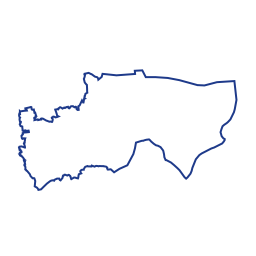 the district of As-Salamiyeh, Hamah, Syria, rotated 357°
{"feature_id": "27442178B43082534172912", "entity_name": "As-Salamiyeh", "entity_type": "district", "adm_level": 2, "iso_a3": "SYR", "parent_name": "Syria", "parent_adm1": "Hamah", "projection": "equal_earth", "projection_center": [37.215, 35.173], "detail": "fine", "context": "isolated", "style": "outline", "palette": "blue", "viewbox_px": 256, "rotation_deg": 357, "n_neighbors": 0, "source": "geoboundaries", "source_scale": "gbopen_adm2", "svg_char_len": 5511}
<svg xmlns="http://www.w3.org/2000/svg" viewBox="0 0 256 256"><g transform="rotate(357 128 128)"><path d="M170.3,80.1L157.8,78.6L148.4,78.1L145.3,71.2L137.8,71.2L137.9,74.4L119.3,74.8L105.4,72.6L104.4,75.6L100.9,78.2L100.7,76.8L100.0,75.8L99.7,75.6L99.3,75.5L97.7,75.0L94.4,72.3L94.1,72.3L93.7,72.1L91.6,70.9L87.4,71.6L87.3,72.1L88.0,72.2L87.4,74.6L86.7,76.3L86.5,76.6L87.2,80.3L88.6,82.2L89.2,82.8L89.2,86.3L89.1,90.2L89.2,90.6L87.3,91.6L86.5,94.3L86.3,94.2L86.1,95.0L86.0,95.4L86.0,96.0L86.4,96.3L85.7,96.5L84.9,100.2L84.6,100.2L83.5,98.0L80.9,102.9L79.5,103.8L79.7,107.3L78.8,107.4L78.4,107.2L77.5,106.1L77.5,105.0L77.4,104.5L77.1,104.1L76.7,104.0L75.6,104.5L74.1,103.3L73.7,103.4L73.2,103.4L72.8,103.3L72.1,103.4L72.0,103.5L71.3,104.3L70.8,104.4L70.9,104.9L70.6,105.2L70.3,105.3L69.7,104.9L69.7,104.7L69.2,104.2L69.1,103.9L69.1,103.7L68.1,103.8L67.9,103.8L67.3,104.1L66.2,104.3L65.9,104.3L66.0,104.6L65.6,104.6L65.4,104.7L64.2,104.8L63.6,105.2L62.5,104.3L61.3,103.7L59.6,104.8L59.7,105.1L59.6,105.4L59.4,105.6L59.2,105.8L58.7,105.5L56.3,105.8L56.4,106.3L57.2,108.7L57.2,109.0L57.6,110.3L57.7,111.1L57.8,111.6L58.5,112.4L59.2,112.8L57.5,113.4L56.0,113.6L55.8,113.4L55.2,113.0L54.9,112.9L53.9,112.7L53.7,112.9L53.4,113.2L52.7,113.4L52.4,113.7L52.5,114.2L52.8,114.3L53.0,114.5L53.2,114.9L53.3,115.2L53.1,116.5L52.8,117.3L52.6,117.9L52.4,118.0L51.6,117.7L50.8,117.5L50.2,117.5L49.8,117.6L47.4,116.5L46.9,116.4L46.6,116.2L46.2,115.9L44.4,114.8L44.0,114.4L43.4,114.3L42.9,114.2L42.7,114.0L41.9,114.0L41.5,114.2L41.6,115.0L41.1,115.0L38.7,115.4L38.6,114.9L38.5,114.7L38.2,114.7L35.1,115.2L35.2,114.9L34.9,113.4L35.5,113.3L35.5,113.1L35.6,112.8L35.5,112.6L36.0,112.4L36.4,112.4L36.4,111.3L37.0,111.2L36.8,110.7L36.1,107.8L35.4,107.9L34.9,104.6L33.6,104.8L33.2,104.7L32.8,104.2L32.6,102.1L32.2,101.9L30.0,102.4L26.5,103.0L26.6,103.7L27.6,103.7L27.7,104.6L27.7,104.8L27.8,105.0L27.9,105.3L25.1,105.4L21.2,105.8L21.0,105.6L21.0,105.9L20.9,105.9L20.9,106.8L20.6,107.3L20.8,107.7L20.9,108.6L20.4,108.7L20.1,108.5L20.0,108.9L20.0,109.1L19.9,109.4L20.1,111.2L20.8,111.9L20.2,113.1L20.1,113.4L20.2,113.8L20.2,114.5L20.5,116.3L21.3,116.3L21.3,116.6L21.2,116.9L20.7,117.9L20.2,118.3L20.1,118.7L20.3,119.0L20.7,120.3L20.8,120.5L22.0,120.7L22.5,121.0L22.5,122.4L22.6,123.1L22.6,124.4L22.6,125.1L22.9,125.3L24.4,125.1L25.0,125.0L25.3,125.0L25.4,125.8L25.9,125.5L26.2,125.5L27.4,125.5L27.8,125.6L28.2,125.4L28.6,125.4L28.7,126.0L28.8,126.4L28.8,126.9L24.8,127.1L24.2,127.1L23.9,127.1L22.5,127.6L22.5,127.9L22.7,128.5L22.7,128.8L22.0,129.5L21.7,129.6L21.2,130.2L21.3,131.3L21.5,132.4L21.5,132.7L21.6,133.0L21.9,133.2L22.3,133.4L23.0,133.1L23.3,132.9L23.4,133.0L24.0,132.9L24.8,133.0L24.6,133.4L24.6,133.8L24.4,134.4L24.4,135.4L24.3,135.6L24.1,135.9L24.0,136.7L24.1,137.1L23.9,137.6L23.4,137.6L23.2,137.9L23.2,138.0L23.3,138.1L23.3,138.3L23.4,138.5L23.5,138.4L23.6,138.7L23.6,139.3L23.8,139.8L24.1,141.4L24.1,142.1L23.8,142.1L22.5,141.5L20.6,140.8L18.6,141.0L18.3,141.4L18.4,142.1L18.2,142.1L18.6,144.2L19.4,144.0L19.8,145.2L20.0,145.3L20.3,145.6L20.5,146.5L20.3,146.8L20.1,146.9L19.1,146.8L19.0,147.0L18.7,147.0L18.7,147.7L18.7,148.1L18.4,148.2L18.2,148.3L18.4,148.5L18.4,148.8L18.6,148.9L18.7,149.0L18.9,149.2L18.9,149.5L18.8,149.8L19.2,150.1L19.7,150.3L20.1,150.1L20.2,150.3L20.3,150.3L20.5,150.7L21.2,151.7L21.7,152.0L22.4,153.5L22.7,153.7L22.7,154.1L23.1,154.4L22.3,154.6L22.3,155.0L22.5,155.5L22.8,155.5L22.8,155.8L22.8,156.1L23.3,156.2L23.1,156.8L23.2,157.5L23.3,158.0L23.4,158.7L23.0,158.9L22.7,159.0L22.7,159.3L22.6,159.5L22.6,160.0L23.0,160.5L23.3,160.6L23.4,161.3L23.5,161.7L23.5,162.1L23.4,162.5L23.4,163.5L23.3,164.0L23.9,164.3L24.1,165.0L24.7,165.5L24.9,165.5L25.3,166.0L25.6,166.4L27.6,169.1L28.1,170.8L30.1,173.2L30.8,173.1L31.8,173.3L31.9,173.6L32.6,176.1L31.8,181.4L34.1,182.9L35.1,184.4L35.3,185.1L38.0,184.7L40.1,182.8L44.1,179.3L47.3,177.1L48.6,176.5L50.1,176.3L51.5,176.7L51.8,175.9L54.1,175.0L54.5,174.8L55.5,174.9L56.6,174.9L57.2,176.4L57.9,176.8L60.0,174.4L60.4,172.6L60.6,172.2L61.1,172.3L61.3,172.1L61.6,171.8L61.9,171.4L62.6,171.3L64.9,172.3L66.0,171.7L66.4,171.7L66.9,172.0L67.2,172.5L67.7,172.8L68.0,173.4L68.5,175.8L68.7,176.1L71.6,174.6L73.2,174.9L73.6,175.2L75.4,175.7L75.9,174.3L76.0,173.3L76.5,171.6L78.9,170.9L78.4,170.1L78.2,169.2L78.1,168.7L78.3,168.3L78.5,168.2L79.2,167.5L79.9,167.3L81.6,167.3L81.6,167.0L81.7,166.8L82.9,164.9L83.4,164.5L85.1,164.0L85.6,163.9L85.8,164.2L89.5,164.5L89.7,163.7L89.8,163.6L90.2,163.9L90.6,164.0L92.2,164.6L92.4,164.8L92.9,164.7L94.0,164.2L94.6,164.2L96.1,164.5L96.4,164.7L97.3,164.5L101.0,164.8L101.4,164.9L101.7,164.8L102.1,165.0L104.2,165.5L104.6,165.8L104.9,166.2L105.2,166.6L105.0,167.0L105.5,168.4L106.4,168.5L108.2,168.3L108.7,168.4L111.8,171.5L117.4,168.3L125.4,165.2L132.0,154.3L133.9,148.6L135.2,143.0L140.7,141.6L141.3,141.5L142.8,141.5L143.4,141.2L145.7,140.7L148.4,140.5L149.2,141.2L150.4,142.7L152.8,145.0L155.0,146.7L157.0,147.3L159.5,148.8L161.7,152.0L162.0,152.6L162.6,156.1L162.8,159.1L163.9,162.0L164.5,162.0L169.1,164.7L172.1,167.5L175.1,170.5L177.2,172.8L181.9,180.1L183.4,181.6L184.8,180.5L188.0,176.9L189.3,174.2L190.2,171.2L194.1,162.8L197.8,158.8L200.2,157.3L210.2,152.8L213.0,152.0L219.6,149.1L221.2,148.4L221.7,147.9L222.1,147.4L222.9,146.6L223.9,145.1L224.0,144.1L222.7,143.3L221.1,141.1L220.2,137.0L221.3,134.0L222.5,131.2L224.3,129.8L226.8,128.3L228.1,127.3L230.7,124.8L234.6,117.8L235.6,114.8L237.8,105.6L236.7,86.7L219.2,86.9L206.6,89.5L199.6,88.8L181.8,82.9L170.3,80.1Z" fill="none" stroke="#1e3a8a" stroke-width="2"/></g></svg>